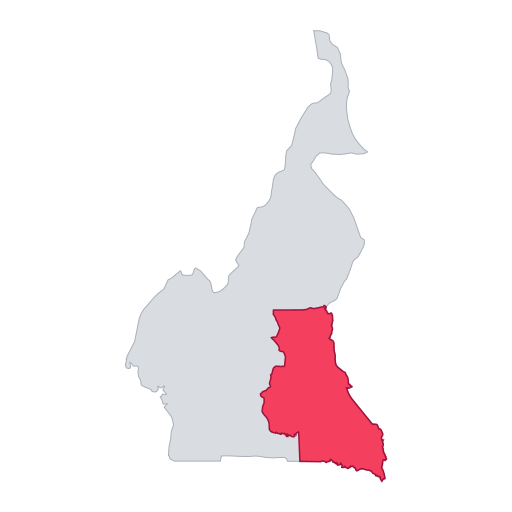 Est highlighted on a map of Cameroon
{"feature_id": "CMR-1481", "entity_name": "Est", "entity_type": "Province", "adm_level": 1, "iso_a3": "CMR", "parent_name": "Cameroon", "parent_adm1": "", "projection": "natural_earth1", "projection_center": [14.383, 3.885], "detail": "fine", "context": "in_parent", "style": "filled", "palette": "rose", "viewbox_px": 512, "rotation_deg": 0, "n_neighbors": 0, "source": "natural_earth", "source_scale": "10m", "svg_char_len": 9665}
<svg xmlns="http://www.w3.org/2000/svg" viewBox="0 0 512 512"><path d="M126.2,359.1L127.2,356.0L134.6,341.6L139.2,318.6L141.3,313.3L143.5,309.7L154.1,297.4L158.1,293.5L163.9,289.0L168.0,280.0L169.4,279.1L171.2,278.3L180.4,270.7L181.2,272.2L181.8,274.0L182.5,274.9L185.5,275.4L189.5,275.4L191.9,274.9L193.1,273.3L194.4,269.1L195.2,268.3L196.1,268.1L200.6,271.0L207.9,279.4L209.8,280.9L210.6,282.5L212.2,290.1L213.1,292.0L214.7,292.7L217.5,292.2L220.5,290.9L223.1,289.0L225.7,286.5L227.5,284.2L228.2,282.5L228.6,276.3L229.2,275.0L238.8,266.0L238.6,265.1L237.0,262.6L235.6,259.8L237.0,257.0L238.5,254.8L244.1,247.3L244.4,241.9L248.8,233.4L251.4,222.2L251.5,220.0L257.3,207.7L263.4,206.5L265.7,204.8L268.4,201.7L270.1,198.9L271.0,196.2L271.6,190.9L272.7,185.0L273.3,179.7L275.2,174.9L278.2,172.4L283.5,170.4L284.3,169.5L285.1,166.2L285.8,155.6L286.7,150.8L291.6,145.5L293.8,137.1L295.7,128.4L301.3,117.8L307.8,107.3L310.9,104.4L313.4,103.1L316.4,103.0L318.4,102.2L325.4,96.9L328.3,95.2L330.5,93.4L331.0,91.8L331.2,89.4L330.5,84.0L331.7,80.0L332.4,73.8L332.7,69.0L332.5,67.3L331.2,64.5L329.1,61.5L325.6,59.7L320.7,59.2L318.2,58.2L317.3,52.6L316.9,49.1L313.7,30.7L319.8,30.8L327.1,33.0L329.0,34.6L329.9,40.9L332.6,44.5L337.3,47.4L340.2,53.5L341.3,62.7L343.9,68.2L344.5,69.0L348.1,79.4L348.3,84.2L348.0,87.4L349.5,91.4L347.2,98.2L346.6,102.4L346.4,108.3L347.7,118.7L349.9,126.7L352.2,133.1L354.7,138.1L358.9,143.7L363.4,148.8L367.6,151.9L363.7,153.8L356.2,154.1L351.9,153.0L349.9,152.9L347.8,153.6L339.8,154.5L331.8,154.1L324.3,152.8L319.7,153.0L316.2,156.1L313.4,160.8L310.7,164.4L311.6,168.5L313.7,170.7L317.5,175.7L321.0,180.5L322.8,183.7L329.7,190.7L336.3,197.0L339.5,199.2L340.7,199.6L344.3,203.2L349.4,209.2L354.0,218.4L360.5,237.0L361.9,238.5L364.1,239.5L364.4,241.5L364.2,244.4L363.5,246.7L358.3,256.5L353.8,260.2L352.5,262.5L350.8,268.1L346.6,279.1L344.9,280.6L340.8,288.1L337.4,297.5L336.6,299.0L335.2,300.1L330.5,302.5L328.9,303.6L326.4,306.6L326.1,308.5L327.2,311.2L328.6,313.3L331.1,313.3L332.4,315.3L332.4,329.9L331.3,332.1L331.3,333.1L330.8,335.6L330.6,338.4L331.0,339.5L331.9,340.4L333.2,342.4L334.0,346.8L335.6,362.6L336.3,365.1L337.7,366.8L341.8,370.2L346.2,374.7L347.6,377.6L348.4,382.4L350.1,386.1L350.1,387.4L349.4,387.9L346.7,388.2L347.6,390.9L349.9,395.7L361.1,410.3L371.9,423.2L374.4,424.2L376.3,424.5L377.1,425.3L378.1,427.1L381.7,431.9L382.3,434.6L381.6,437.2L382.4,441.3L383.0,442.7L382.8,444.1L383.2,449.0L384.2,453.3L385.8,457.0L385.6,459.6L383.5,461.1L382.3,463.5L381.9,466.8L382.5,470.9L384.1,475.7L384.2,478.5L381.6,480.4L378.7,477.1L375.5,474.9L370.7,471.0L365.9,469.6L359.7,469.4L357.0,469.8L352.4,466.7L350.9,466.3L348.9,467.6L347.5,467.6L345.7,467.1L342.2,467.2L341.8,464.9L341.2,464.5L337.4,464.7L336.2,462.8L335.7,463.1L334.2,462.5L331.1,459.8L327.9,461.6L321.2,461.3L287.4,461.3L286.6,458.8L284.9,457.6L281.8,457.4L272.9,457.9L266.0,457.5L261.4,456.6L255.6,456.0L248.5,456.5L241.3,456.4L228.3,455.8L221.1,455.9L221.3,457.4L220.8,458.5L220.5,461.1L174.5,461.1L170.8,459.3L169.6,458.1L169.3,455.9L168.4,455.7L169.1,446.4L170.7,438.7L171.3,431.5L173.5,425.1L172.3,418.8L171.0,416.1L164.1,407.1L167.3,403.7L163.1,404.1L162.2,400.8L160.2,396.8L161.4,396.2L162.6,394.0L166.4,394.6L166.3,393.6L163.0,390.2L163.3,388.5L164.7,386.6L164.0,385.8L161.7,387.8L160.0,387.7L158.7,386.5L157.7,386.2L158.3,388.8L157.0,391.1L155.7,391.9L153.6,391.8L151.8,391.2L151.4,389.9L149.7,388.9L145.1,387.2L141.3,385.2L140.5,379.8L138.9,377.4L138.3,374.7L138.0,371.7L138.5,367.0L137.5,366.3L136.4,366.0L134.7,366.2L133.2,366.0L131.3,363.4L129.7,362.4L130.7,367.2L129.6,368.5L126.8,368.1L125.6,366.3L125.4,365.0L126.7,359.2L126.2,359.1Z" fill="#d9dde1" stroke="#a8b0b8" stroke-width="1"/><path d="M385.7,457.9L386.4,458.5L386.6,458.9L386.3,459.3L385.0,460.5L384.3,459.8L383.6,459.7L383.1,460.0L382.9,460.9L382.5,461.8L382.4,462.2L382.5,462.7L382.7,463.5L382.6,464.0L382.3,464.1L382.2,464.3L382.1,464.7L382.3,465.5L382.3,465.8L381.8,466.7L381.7,467.0L381.8,468.5L382.1,468.8L382.4,469.1L383.0,470.3L384.1,473.8L385.0,478.1L384.9,478.7L384.5,478.9L383.8,478.6L383.5,478.7L381.9,481.3L380.6,479.3L380.3,478.6L380.3,478.2L380.4,477.4L380.3,477.0L380.0,476.7L379.6,476.5L379.2,476.5L378.9,476.7L378.3,476.4L377.6,476.3L377.1,476.0L377.0,475.4L376.2,475.8L375.8,475.8L375.6,475.5L375.5,474.9L375.3,474.6L374.2,473.8L373.3,473.4L372.8,473.2L371.5,471.3L371.3,471.1L370.5,470.9L370.1,470.8L369.7,470.5L369.6,470.3L366.3,469.9L363.4,468.9L361.9,468.6L360.4,468.9L358.7,470.0L358.0,470.3L357.4,470.7L357.0,470.8L357.0,470.7L356.0,470.2L355.8,469.9L355.7,469.7L355.8,469.0L355.7,468.7L355.5,468.4L355.3,468.1L353.9,467.5L353.6,466.7L353.4,466.4L352.7,466.1L351.7,466.5L350.6,466.1L350.2,467.2L349.7,467.0L349.2,467.6L348.6,468.3L348.0,468.5L347.6,467.8L347.0,468.0L346.4,467.9L344.8,466.4L344.5,466.3L344.2,467.3L343.9,467.4L343.2,467.5L341.8,467.4L342.0,466.4L342.3,465.3L341.7,464.8L341.6,464.4L341.1,463.7L340.6,463.1L340.4,463.3L340.3,464.3L340.1,464.7L339.6,464.8L337.5,465.1L337.4,464.9L337.4,463.7L336.5,463.9L336.2,463.7L336.4,463.6L336.9,463.2L336.0,462.6L335.7,462.8L336.0,463.7L335.5,463.5L334.8,462.7L334.3,462.4L333.4,462.4L333.1,462.2L333.4,461.6L332.6,461.2L331.4,459.7L330.6,459.4L330.1,460.0L330.2,460.8L330.1,461.1L327.1,461.9L326.2,462.5L325.7,462.3L325.0,461.6L324.5,461.3L322.3,460.9L320.8,461.6L320.5,461.7L299.9,461.4L298.8,434.4L298.5,432.0L297.7,432.3L297.3,432.5L296.0,433.7L295.5,434.0L295.8,434.8L295.3,434.7L294.9,434.5L294.5,434.4L294.4,435.0L294.6,436.1L294.6,436.5L294.1,436.7L292.1,436.7L291.7,436.5L290.4,435.7L290.1,435.2L289.9,435.1L289.7,435.5L288.9,435.7L288.6,435.5L288.0,434.6L287.3,434.1L287.0,434.1L286.7,434.6L286.7,434.9L287.1,436.1L287.4,436.5L286.9,436.5L286.6,436.4L286.3,436.2L286.1,435.2L285.9,434.9L285.1,434.6L285.1,434.0L284.8,433.5L284.3,433.3L283.9,433.7L283.4,433.5L283.0,433.7L282.5,433.4L282.0,433.3L281.5,433.5L281.2,434.2L281.0,434.3L280.7,434.2L280.5,433.5L280.3,433.5L280.1,433.8L279.9,434.0L279.5,433.8L277.9,433.3L277.3,433.3L276.7,432.6L276.4,432.4L276.4,432.5L275.7,433.2L275.3,432.8L274.8,432.7L273.6,432.7L273.2,432.5L272.6,432.2L271.8,432.1L271.3,431.6L270.5,431.2L269.5,429.5L269.3,429.0L269.2,424.6L268.9,422.6L268.4,420.9L267.1,418.3L266.2,417.1L263.9,414.5L262.8,412.9L262.2,411.6L262.1,411.0L262.7,406.3L263.7,403.9L264.1,402.7L264.1,401.7L264.1,399.4L264.2,398.7L264.0,398.2L263.7,397.9L261.7,396.8L261.0,396.1L260.5,395.0L260.5,394.5L260.5,394.0L260.7,393.6L260.9,393.4L261.0,393.3L261.8,393.0L262.3,392.0L262.7,391.7L265.0,390.7L265.7,390.7L266.0,390.6L266.3,390.2L267.0,389.5L267.4,388.9L268.1,388.1L268.5,387.8L269.4,387.4L270.1,387.0L270.3,386.7L270.5,386.2L270.4,385.8L270.3,385.5L269.6,384.1L269.5,383.4L270.7,378.9L271.0,377.3L271.0,376.4L270.6,375.0L271.7,374.0L272.1,373.0L272.7,370.4L273.2,368.8L273.6,368.0L274.1,367.4L275.7,366.3L276.1,366.1L276.4,366.1L277.9,366.4L279.3,366.3L279.7,366.3L280.5,366.6L280.9,366.6L282.1,366.2L282.4,366.2L282.8,366.2L283.6,366.5L284.0,366.5L284.2,366.3L284.6,365.7L285.5,356.8L285.0,355.3L283.8,352.5L283.3,351.9L282.8,351.6L282.1,351.6L281.2,351.4L279.5,350.7L279.1,350.3L279.0,350.0L279.3,348.5L279.2,347.9L279.0,347.1L278.4,345.8L277.9,345.0L274.1,340.4L271.8,338.3L271.4,337.6L273.2,337.1L275.3,337.2L275.9,337.1L276.3,336.8L276.5,336.5L278.1,333.3L279.6,329.1L279.8,328.1L279.7,327.5L279.2,326.6L278.8,325.6L278.2,324.3L277.7,322.8L277.6,322.2L277.4,321.9L276.4,320.5L276.2,320.1L276.0,319.7L275.5,317.9L275.3,317.3L274.4,315.9L273.5,314.7L273.3,314.2L273.2,313.7L273.5,312.4L273.3,311.2L273.5,310.0L290.0,310.0L303.3,309.9L306.5,309.4L310.0,307.9L310.5,307.8L311.1,307.8L312.8,308.5L313.4,308.6L318.0,307.9L321.2,307.0L322.9,306.9L323.4,306.7L323.9,305.8L324.1,305.5L324.5,305.5L324.8,305.6L325.4,306.4L326.2,306.9L326.2,307.1L325.8,308.0L325.7,308.2L325.1,307.8L324.7,308.2L324.6,308.5L324.7,308.8L325.0,309.3L325.6,310.1L326.1,310.6L326.6,311.2L326.9,311.8L327.0,312.5L327.3,313.1L327.8,313.6L328.4,313.6L329.5,313.7L330.0,313.7L330.9,313.0L331.3,313.0L331.8,313.8L332.0,314.6L332.4,315.3L332.7,319.5L332.9,320.3L332.7,320.9L332.2,323.1L331.6,324.8L331.5,325.5L331.6,326.1L331.7,326.7L332.2,327.6L332.4,328.2L332.5,328.7L332.4,329.9L332.3,330.3L331.8,331.4L331.7,332.1L331.8,333.2L331.6,333.7L331.2,333.8L331.1,334.2L330.9,334.8L330.5,335.4L330.4,335.6L330.3,336.1L330.1,336.8L329.8,337.5L329.4,337.9L329.1,338.0L329.3,338.4L329.8,339.1L330.5,339.6L332.0,340.2L332.7,340.6L333.2,341.2L333.6,342.0L333.9,342.9L334.0,343.8L334.0,345.8L334.1,347.4L333.9,348.8L333.9,349.5L334.0,350.0L334.4,350.7L334.3,351.8L334.8,353.0L335.3,356.7L335.1,358.1L334.9,358.8L335.2,359.5L335.4,362.5L335.8,364.3L336.7,366.0L338.0,367.4L343.4,371.7L344.9,372.3L345.3,372.6L345.5,373.0L345.7,374.0L345.9,374.5L347.1,376.2L347.6,377.3L347.9,378.4L348.3,380.7L348.3,383.0L348.6,384.0L349.0,384.4L349.5,384.3L350.0,384.6L350.2,385.1L350.3,385.7L350.5,385.9L351.0,385.9L351.5,386.0L351.9,386.4L352.0,386.8L351.3,387.1L350.6,387.3L349.3,388.1L348.6,388.2L348.0,388.1L346.9,387.8L346.4,387.8L348.4,393.3L351.3,398.3L372.2,424.0L372.5,424.2L373.2,424.4L373.9,424.0L374.1,424.0L374.6,424.4L376.0,424.2L376.6,424.4L377.3,425.0L377.8,425.9L378.1,426.6L378.6,428.6L378.8,429.0L379.7,428.9L380.1,428.9L380.4,429.1L380.7,429.4L381.4,430.6L382.7,433.6L382.8,434.7L382.5,435.6L381.6,436.7L381.4,437.7L381.6,439.1L381.6,439.6L381.7,440.0L382.5,439.9L383.3,440.0L382.7,441.1L382.6,441.6L382.7,442.4L383.2,443.8L383.3,444.6L383.2,445.3L382.6,446.7L382.6,447.5L382.7,448.1L383.2,449.0L383.3,449.7L383.3,451.2L383.7,452.3L384.1,453.3L385.0,454.5L385.1,455.3L385.2,456.0L385.3,456.2L385.9,456.7L385.9,457.1L385.7,457.6L385.7,457.9Z" fill="#f43f5e" stroke="#9f1239" stroke-width="1.5"/></svg>